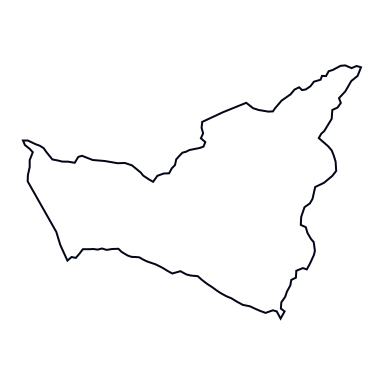 Umari, Ceará, Brazil
{"feature_id": "56859067B43612992911559", "entity_name": "Umari", "entity_type": "district", "adm_level": 2, "iso_a3": "BRA", "parent_name": "Brazil", "parent_adm1": "Ceará", "projection": "robinson", "projection_center": [-38.728, -6.619], "detail": "fine", "context": "isolated", "style": "outline", "palette": "ink", "viewbox_px": 384, "rotation_deg": 0, "n_neighbors": 0, "source": "geoboundaries", "source_scale": "gbopen_adm2", "svg_char_len": 2030}
<svg xmlns="http://www.w3.org/2000/svg" viewBox="0 0 384 384"><path d="M280.6,318.6L284.6,311.4L280.9,308.6L281.3,302.4L285.2,296.8L287.0,291.4L290.3,285.5L291.3,279.9L295.9,277.7L296.3,270.8L302.8,268.1L306.8,269.4L310.1,263.3L313.9,255.0L314.9,250.8L313.7,242.1L311.1,239.1L307.5,233.0L305.8,227.2L300.8,224.9L301.2,216.9L304.5,207.2L309.9,203.4L312.5,198.9L315.2,187.0L324.0,182.8L332.4,175.8L336.2,170.9L335.6,161.6L333.7,155.4L331.7,150.4L328.1,146.2L318.8,138.1L321.2,133.8L324.2,131.1L331.7,118.8L332.3,110.0L337.6,107.5L340.8,103.0L339.0,98.1L345.3,91.4L351.3,81.0L357.6,75.9L361.0,67.3L356.6,66.0L351.6,68.1L345.2,65.4L340.6,65.8L332.7,70.0L328.7,71.2L326.0,76.1L322.0,75.9L320.6,79.7L313.9,81.7L310.5,86.2L305.9,89.4L302.1,90.1L299.1,87.3L294.5,89.6L290.6,94.3L281.6,100.6L275.1,108.2L272.9,111.4L268.2,111.6L264.1,110.9L258.7,110.0L253.1,108.2L246.2,102.8L222.3,112.5L202.2,121.9L201.6,127.8L203.1,133.4L200.9,138.3L205.3,142.1L203.5,146.6L199.6,148.0L189.5,150.0L185.9,151.8L182.4,152.7L179.6,155.6L176.2,159.4L175.0,165.0L171.8,168.3L169.1,173.3L163.8,173.5L157.4,175.8L153.1,181.8L148.9,179.4L143.2,175.6L140.7,172.5L131.9,165.3L124.9,163.0L117.5,163.2L104.7,161.0L92.7,160.0L82.0,155.8L78.3,156.9L74.7,162.8L68.4,161.7L62.3,161.6L58.3,160.6L52.3,159.4L46.2,151.8L43.6,148.1L39.7,145.7L35.6,144.2L31.2,142.1L27.8,140.5L23.0,140.5L24.9,145.0L29.6,148.8L32.8,152.2L29.7,160.1L29.7,167.0L27.9,175.1L27.7,181.4L56.3,231.9L60.3,245.0L67.4,260.6L71.6,257.0L75.8,257.9L79.2,254.0L82.9,249.2L88.9,249.2L93.3,249.0L97.7,249.6L102.0,248.5L106.6,249.9L112.1,249.0L118.4,248.8L121.6,251.9L127.6,255.5L131.6,256.9L135.5,257.0L139.2,257.3L143.0,259.5L146.7,261.3L151.3,262.9L155.5,264.3L160.8,266.9L164.2,268.8L167.7,271.0L172.3,273.5L180.4,271.2L186.3,274.4L190.6,275.5L197.8,276.2L201.9,279.9L207.3,284.0L212.4,287.3L217.0,290.7L220.5,293.0L226.1,296.1L231.4,298.3L237.3,301.9L242.9,304.9L250.0,306.3L254.6,308.5L260.1,310.9L265.6,312.9L272.9,310.3L276.7,311.4L280.6,318.6Z" fill="none" stroke="#020617" stroke-width="2"/></svg>